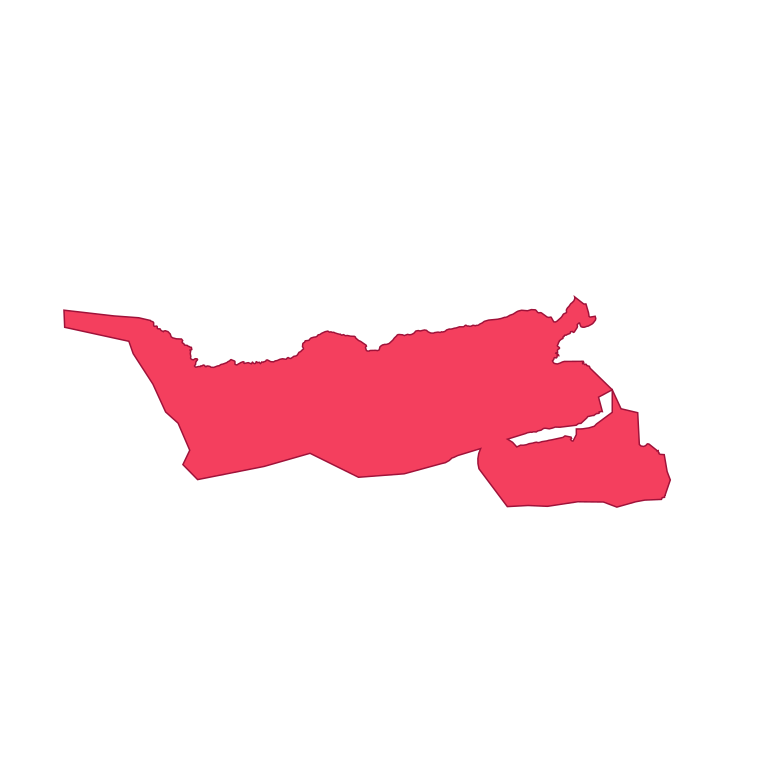 the district of Bláskógabyggð, Suðurland, Iceland, rotated 225°
{"feature_id": "244011B85102906551816", "entity_name": "Bláskógabyggð", "entity_type": "district", "adm_level": 2, "iso_a3": "ISL", "parent_name": "Iceland", "parent_adm1": "Suðurland", "projection": "albers", "projection_center": [-20.271, 64.468], "detail": "fine", "context": "isolated", "style": "filled", "palette": "rose", "viewbox_px": 768, "rotation_deg": 225, "n_neighbors": 0, "source": "geoboundaries", "source_scale": "gbopen_adm2", "svg_char_len": 6172}
<svg xmlns="http://www.w3.org/2000/svg" viewBox="0 0 768 768"><g transform="rotate(225 384 384)"><path d="M106.7,504.3L113.7,518.6L121.9,522.3L135.9,532.2L138.8,529.7L139.9,529.2L140.4,529.2L140.8,529.8L141.7,529.8L143.0,530.8L143.6,529.7L144.2,530.0L154.1,528.9L155.2,528.2L155.5,527.7L155.4,525.9L155.6,524.9L156.3,523.4L158.4,521.9L160.7,521.8L184.3,543.1L198.9,534.1L218.5,541.3L249.3,540.9L251.3,541.7L253.5,540.5L254.8,540.9L255.4,540.6L255.5,540.0L255.7,539.7L257.6,539.6L257.9,538.9L258.3,539.1L258.2,539.7L258.5,539.8L258.2,540.6L259.2,540.9L272.5,527.4L273.5,525.6L274.3,523.3L275.6,520.7L277.9,519.1L278.9,518.9L281.0,519.3L281.3,519.6L281.2,520.1L281.3,521.3L282.1,522.6L282.1,523.2L280.6,524.3L280.6,525.1L281.7,526.8L280.5,527.6L280.9,527.9L282.0,528.0L284.3,527.2L284.4,527.6L283.5,529.0L285.3,530.5L285.4,532.1L285.1,532.7L285.2,533.4L285.8,533.8L288.0,533.4L288.6,533.7L289.4,536.0L290.1,536.9L290.0,537.9L290.6,538.7L290.4,539.4L290.3,540.9L289.7,542.7L290.6,543.7L290.3,545.0L290.8,545.7L290.6,546.4L289.7,547.4L289.4,548.7L288.3,551.1L288.3,551.6L289.0,552.9L288.0,554.3L286.6,554.4L286.2,555.3L287.3,560.4L287.9,561.5L289.3,562.5L289.4,562.9L289.2,565.1L288.8,565.4L286.2,564.1L285.0,563.9L283.4,564.8L282.3,566.1L281.3,568.3L280.6,569.2L279.3,573.5L279.2,575.2L279.7,578.7L280.6,580.1L282.6,581.2L285.6,577.0L286.8,576.8L289.6,578.9L297.8,583.4L299.1,582.0L300.2,581.7L310.8,580.4L309.7,579.7L308.7,577.6L308.5,576.7L308.5,574.4L308.7,572.8L308.1,569.7L308.1,567.7L307.7,566.1L307.3,565.2L305.7,563.9L305.5,563.3L306.5,560.6L306.5,559.8L305.9,557.6L305.8,556.0L306.1,550.6L306.7,548.9L308.0,548.0L313.0,549.4L313.6,549.0L314.5,547.6L316.0,546.7L323.0,545.6L324.1,544.9L324.8,543.8L326.0,543.3L328.5,543.6L329.5,543.4L332.4,540.8L334.3,537.3L338.9,533.4L340.7,530.4L341.3,528.6L342.1,524.7L343.6,521.6L344.4,518.5L345.3,516.9L345.9,516.4L347.4,513.3L349.5,510.1L355.2,503.2L357.4,499.2L357.7,496.8L358.7,493.9L358.8,492.7L359.1,491.9L360.2,490.7L360.5,489.9L362.6,488.5L363.3,486.5L364.3,485.2L365.0,485.0L366.0,483.9L367.4,483.6L368.0,483.0L368.1,481.2L368.3,480.6L371.1,477.8L372.6,474.7L373.8,473.1L374.9,471.0L376.3,469.2L376.7,469.1L378.0,466.4L378.0,465.1L378.3,463.9L379.3,462.2L380.2,461.6L380.7,460.2L382.5,458.9L384.6,456.1L385.0,454.9L387.0,453.1L389.7,452.1L391.9,452.0L393.6,450.8L396.0,447.0L397.6,446.0L398.8,444.2L399.0,443.7L398.8,442.2L398.8,440.9L399.4,438.9L399.8,438.1L400.7,436.9L402.5,435.7L403.9,432.6L405.7,431.9L408.3,429.7L409.1,428.7L409.3,427.7L409.1,427.0L409.2,423.8L408.8,421.3L409.0,416.4L410.0,414.2L410.7,413.2L411.4,412.7L412.7,410.5L413.1,408.5L413.1,407.3L411.7,405.1L411.6,404.3L412.2,403.0L413.6,402.0L417.5,397.9L417.9,396.6L419.2,395.5L420.3,395.3L422.9,396.7L423.2,397.2L423.1,398.3L424.1,398.8L430.7,397.6L432.7,396.8L436.5,396.5L437.5,397.0L438.6,396.8L441.4,394.2L444.1,392.5L445.6,390.7L447.4,390.4L448.6,388.5L450.2,388.3L450.5,387.8L452.4,386.7L455.1,385.3L456.0,385.1L457.2,383.8L458.4,383.4L459.2,382.1L461.1,381.7L462.6,379.4L464.1,375.4L464.2,373.9L465.3,372.2L465.1,370.2L465.7,368.7L466.6,367.7L468.1,365.0L468.2,363.7L468.0,361.9L468.1,361.6L470.2,358.9L470.1,358.3L469.6,357.3L470.0,356.2L470.0,355.4L469.8,354.9L468.0,352.7L466.6,352.5L465.7,351.8L465.9,350.3L465.9,348.0L466.5,346.2L465.8,343.4L465.8,342.8L466.2,341.3L467.3,339.9L467.9,336.2L468.9,335.4L470.5,334.9L470.8,334.1L470.7,332.5L470.9,332.1L473.6,330.1L475.1,327.8L476.1,325.1L477.3,323.4L477.7,321.6L479.9,319.7L483.4,318.6L484.1,317.7L483.8,316.3L484.7,314.7L484.8,313.9L486.0,313.2L485.8,312.1L485.9,311.0L487.5,311.2L488.5,309.7L489.8,309.7L490.1,309.2L489.4,307.9L489.8,307.0L490.9,306.4L492.4,306.5L492.5,306.2L492.1,304.8L492.2,304.4L495.1,303.1L497.3,299.8L497.8,299.7L498.6,300.5L499.4,300.1L500.5,297.7L500.8,296.1L501.1,295.5L501.4,293.8L501.7,293.3L503.1,292.6L504.2,293.3L505.0,294.3L505.8,294.6L509.4,293.1L509.6,292.6L509.5,291.2L510.1,289.6L510.3,287.9L512.0,284.2L513.0,282.7L513.3,281.8L513.4,280.5L514.5,279.0L516.1,275.4L518.2,273.5L519.6,273.3L521.1,272.3L521.9,271.6L521.9,270.8L522.2,270.3L522.8,269.9L524.0,270.3L525.2,269.6L525.6,267.9L526.3,267.4L526.1,266.6L527.5,265.3L528.9,262.9L529.6,262.6L530.7,262.7L530.9,263.0L531.0,264.5L532.6,266.4L532.6,267.1L532.9,267.7L532.9,269.0L533.1,269.4L534.0,269.6L535.4,268.4L535.9,266.3L537.3,265.4L538.7,265.3L539.2,265.6L540.1,266.9L542.5,268.5L543.9,270.4L545.1,270.8L544.3,272.1L544.3,272.5L546.1,273.7L547.0,272.9L547.8,273.0L548.9,272.3L550.3,272.2L552.6,270.5L554.3,271.0L555.6,270.5L556.4,270.9L557.1,272.4L559.0,272.6L562.7,269.2L566.1,267.2L567.9,266.9L570.5,268.2L573.7,268.3L576.2,267.1L577.1,265.9L577.0,265.0L577.2,264.9L579.6,264.2L581.4,264.6L582.7,263.3L583.5,263.0L585.1,264.3L585.8,264.1L587.0,262.5L587.5,262.3L588.6,262.8L590.1,264.4L591.4,264.6L593.5,263.6L594.0,263.8L604.3,257.4L623.2,241.1L662.5,209.9L649.9,198.3L594.6,233.8L582.8,228.1L547.3,220.5L518.6,209.8L501.9,210.7L474.5,199.8L469.2,184.8L448.2,184.6L410.5,240.9L387.3,282.7L336.1,300.0L306.2,334.8L287.1,368.3L285.0,371.7L283.8,375.9L283.6,379.9L282.8,381.3L281.3,385.5L270.0,406.7L267.9,401.9L264.9,397.7L261.2,394.1L256.9,391.2L210.1,384.5L196.2,400.0L181.9,413.1L163.7,437.8L160.2,441.2L145.4,455.7L132.3,461.6L122.8,478.6L117.5,486.3L106.2,498.6L106.9,500.4L105.5,502.2L106.2,502.9L106.4,503.5L106.3,504.0L106.7,504.3ZM218.5,541.3L202.6,525.4L205.5,506.0L205.4,502.9L208.1,497.8L212.2,492.3L216.2,488.2L212.2,484.2L210.0,477.4L210.6,476.7L212.8,476.6L213.0,476.9L212.8,478.1L214.2,478.7L219.3,475.3L219.7,472.8L226.0,463.0L227.6,460.8L228.7,458.8L231.5,455.0L232.8,452.5L233.6,451.5L235.0,450.7L235.9,449.5L237.1,447.3L239.2,444.4L240.4,441.7L242.2,439.2L244.2,437.3L245.6,433.4L251.9,433.7L257.7,432.3L248.8,449.2L248.2,450.8L246.3,453.6L245.3,454.4L244.6,455.8L242.4,457.8L242.1,459.5L240.3,462.4L239.8,465.1L239.5,465.8L238.4,467.0L235.4,469.2L233.7,472.0L232.4,474.7L229.0,477.9L218.9,490.8L218.5,493.6L216.9,495.4L216.6,503.5L216.9,505.0L214.0,509.5L213.3,510.1L213.3,511.0L212.7,513.7L211.9,514.3L211.3,515.5L211.4,516.0L212.1,516.2L212.0,516.8L211.5,517.2L211.1,518.1L210.1,518.9L223.0,526.4L218.5,541.3Z" fill="#f43f5e" stroke="#9f1239" stroke-width="1.5"/></g></svg>